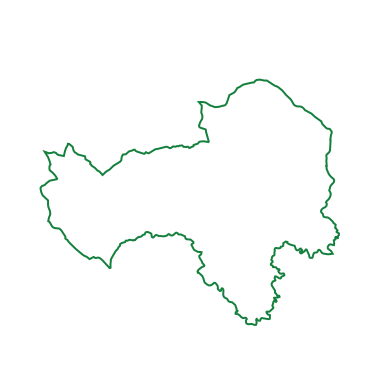 the district of San Cayetano, Norte de Santander, Colombia, rotated 99°
{"feature_id": "7082276B18864989229561", "entity_name": "San Cayetano", "entity_type": "district", "adm_level": 2, "iso_a3": "COL", "parent_name": "Colombia", "parent_adm1": "Norte de Santander", "projection": "orthographic", "projection_center": [-72.593, 7.837], "detail": "fine", "context": "isolated", "style": "outline", "palette": "green", "viewbox_px": 384, "rotation_deg": 99, "n_neighbors": 0, "source": "geoboundaries", "source_scale": "gbopen_adm2", "svg_char_len": 5958}
<svg xmlns="http://www.w3.org/2000/svg" viewBox="0 0 384 384"><g transform="rotate(99 192 192)"><path d="M231.0,43.4L228.5,45.5L226.8,48.7L226.1,49.2L224.7,49.3L222.9,48.5L222.0,47.1L222.3,43.5L220.5,43.5L217.5,44.4L216.5,43.0L214.5,43.4L213.9,43.1L213.7,42.5L214.9,41.3L214.6,40.7L212.8,40.9L211.4,40.2L210.2,40.3L209.5,40.9L209.2,42.4L208.8,43.0L207.2,42.3L206.4,43.4L205.4,44.0L205.2,44.8L204.8,45.0L201.8,45.0L200.5,47.3L198.9,48.7L196.7,52.0L195.9,54.0L196.1,56.7L195.9,57.9L195.4,58.4L193.0,59.5L191.9,61.1L190.7,61.6L189.7,61.5L188.4,60.8L187.3,59.8L186.2,58.1L184.5,57.0L182.6,57.0L181.4,58.0L180.5,57.9L177.3,55.6L174.5,54.7L172.3,54.6L170.9,55.2L169.0,56.7L164.7,56.2L163.2,55.5L160.5,53.6L158.5,53.3L157.2,53.9L155.1,57.3L153.0,59.6L148.8,62.3L145.3,63.5L145.2,63.0L140.2,64.2L137.8,64.3L135.2,65.0L134.0,64.9L131.4,62.8L129.4,62.2L119.2,63.2L119.2,63.5L113.9,63.7L112.3,63.3L110.6,63.4L108.1,65.9L108.3,68.2L107.7,69.6L104.7,73.6L103.3,74.7L102.1,75.2L98.4,82.5L95.9,86.2L93.5,93.2L91.8,95.0L90.9,96.7L90.6,98.1L91.0,102.3L90.0,104.8L85.2,108.8L81.5,114.2L77.5,118.8L74.8,123.6L73.9,127.3L70.2,135.5L70.6,138.1L70.4,142.5L71.2,145.5L72.0,146.6L74.2,148.1L74.4,149.5L77.6,157.5L78.5,158.9L81.1,161.7L82.0,163.4L85.9,165.0L87.4,166.2L90.4,170.2L98.8,171.6L100.9,172.7L101.5,173.6L102.2,175.7L103.6,178.6L104.6,182.6L103.5,188.0L101.7,192.0L101.4,193.7L101.5,196.2L102.1,199.3L105.0,195.9L106.6,195.6L112.0,195.3L115.2,193.6L118.1,193.4L121.8,194.8L125.2,195.4L126.3,195.2L127.2,193.9L128.0,188.6L128.3,188.1L130.5,187.5L139.4,183.4L140.1,183.6L140.1,188.5L141.0,192.1L141.7,192.9L143.4,193.9L145.1,197.4L145.5,197.8L146.2,197.6L146.6,197.8L147.9,199.9L148.9,201.1L148.8,201.8L148.1,202.7L147.9,203.3L148.5,204.9L148.7,207.4L147.7,208.7L147.6,209.4L148.3,211.7L149.0,212.7L149.0,213.9L149.9,215.6L149.9,217.8L151.7,219.6L152.1,220.3L152.1,221.1L151.4,222.9L151.3,224.6L154.3,231.4L155.6,235.0L160.4,240.6L160.6,241.3L159.9,243.8L161.3,244.6L161.8,245.2L160.8,252.2L160.2,254.1L159.2,255.1L159.2,255.8L160.5,257.8L161.8,260.6L165.1,263.3L165.8,266.1L168.5,266.9L171.6,266.8L173.3,267.7L178.3,273.6L182.6,276.8L185.4,280.1L189.2,283.0L186.3,286.5L185.5,288.9L183.4,291.6L181.6,295.4L180.8,295.9L180.2,297.0L178.8,296.9L178.1,297.5L176.4,302.2L173.5,303.3L172.8,310.6L171.6,312.6L171.1,314.1L169.5,315.5L166.1,316.9L163.8,320.7L163.8,322.1L165.2,322.1L168.2,323.3L171.9,323.9L176.5,324.2L176.3,329.8L175.8,331.1L174.8,332.3L174.2,334.6L175.2,336.5L176.1,339.4L175.3,343.8L180.0,339.7L184.3,337.2L187.1,336.0L188.2,336.7L189.3,336.7L191.2,336.5L192.8,335.9L195.1,332.1L197.5,329.3L199.9,327.3L200.5,327.5L203.1,334.3L206.4,337.4L208.1,338.5L209.6,341.2L211.5,342.2L212.8,342.0L215.7,340.9L218.7,339.0L222.8,332.9L227.4,332.1L229.3,331.5L233.3,329.2L235.8,328.6L236.9,328.6L239.7,329.3L243.4,329.4L243.8,328.1L248.1,324.6L249.1,322.3L248.9,317.3L250.2,315.2L255.8,310.1L257.6,309.9L258.0,309.6L258.9,307.5L260.6,306.0L266.3,298.1L270.8,290.6L271.7,288.8L272.6,285.6L274.3,282.7L271.5,278.9L272.3,277.3L272.2,276.4L271.5,274.8L271.5,273.2L273.1,270.2L280.0,261.5L280.0,261.1L279.5,260.6L276.3,261.2L271.4,261.5L269.6,261.0L261.9,258.0L260.2,256.6L258.0,255.9L256.5,254.8L254.6,254.8L253.4,253.4L251.9,250.2L250.4,249.8L250.1,247.9L249.1,246.6L248.9,245.2L249.0,242.3L248.4,241.7L248.4,240.7L246.7,239.6L245.0,238.0L244.0,235.3L241.9,233.6L241.4,232.1L239.3,231.6L238.6,230.6L238.5,228.9L239.3,226.1L239.9,225.5L242.5,224.8L243.1,223.4L242.2,222.5L240.7,221.6L240.0,220.5L240.7,217.7L240.3,215.0L240.3,213.2L239.2,210.3L237.3,208.7L237.2,208.2L238.1,206.5L238.1,204.8L237.5,203.8L234.9,201.7L234.6,201.1L235.0,199.7L236.0,198.7L235.7,196.3L236.9,192.0L238.9,191.1L239.5,190.1L239.2,186.0L241.0,183.0L241.7,182.6L242.4,182.7L243.4,184.0L244.3,184.3L248.8,180.9L250.2,177.0L249.9,173.2L252.1,173.2L253.8,174.8L254.9,174.7L256.1,174.0L258.9,171.5L260.5,170.7L261.8,169.0L262.7,168.3L263.4,168.4L264.6,170.5L267.5,173.2L268.7,173.9L270.0,174.1L270.7,173.6L270.3,173.3L273.2,168.9L275.1,167.5L279.5,165.3L281.1,162.4L281.6,160.6L281.4,159.4L280.6,158.0L278.2,155.9L278.2,154.9L278.8,153.9L280.6,152.1L281.6,151.6L283.5,151.4L284.1,151.0L285.4,148.9L285.0,148.0L282.7,147.7L282.4,147.3L282.7,146.4L284.0,145.6L288.6,145.1L290.5,144.2L291.3,142.8L292.0,140.7L294.2,138.8L294.6,137.7L294.7,135.0L296.8,131.7L300.1,129.8L301.4,129.7L302.3,128.4L303.2,128.6L303.9,130.0L305.5,129.9L305.6,127.1L306.6,125.2L307.6,124.3L308.6,121.9L307.9,119.8L307.9,118.9L308.9,118.0L310.4,118.6L312.4,118.2L313.4,117.5L313.8,115.7L313.0,112.5L313.5,109.1L313.1,107.9L311.0,107.7L308.3,108.6L307.5,108.5L307.2,108.2L307.8,107.8L308.5,106.6L308.6,105.5L308.5,104.7L306.4,104.2L305.6,103.5L305.6,96.3L305.1,95.4L304.5,95.3L301.4,95.8L301.1,98.0L299.5,99.5L298.7,99.6L298.4,99.2L298.1,96.8L294.0,93.6L293.3,93.6L291.9,94.8L287.3,94.3L286.6,93.8L287.4,91.9L286.6,91.4L285.5,92.1L284.6,94.0L283.7,94.3L282.6,90.3L281.9,89.1L280.9,89.6L280.9,91.6L279.0,93.3L278.5,94.3L276.5,94.5L271.8,98.6L271.0,98.9L269.7,98.9L267.6,98.0L266.7,96.2L266.1,95.8L264.0,97.0L262.3,96.6L262.3,95.3L263.5,92.5L263.6,91.2L263.1,90.7L261.7,90.4L260.2,88.1L259.8,87.8L259.2,87.9L258.4,88.3L258.1,89.0L258.8,91.1L258.6,92.6L257.8,93.6L256.5,94.4L255.2,93.4L254.7,93.8L254.6,95.8L253.2,97.3L253.5,100.2L252.2,100.7L251.6,102.7L250.6,102.9L248.4,101.4L247.5,101.8L246.7,103.0L243.2,102.6L242.6,102.2L241.8,101.0L241.1,100.7L238.4,101.2L237.3,101.0L235.8,101.4L234.7,101.2L234.1,100.2L234.1,97.4L233.4,96.0L232.2,95.8L231.7,94.4L230.9,93.5L228.3,93.8L226.3,91.7L226.4,90.0L227.4,89.9L228.1,88.6L228.6,86.6L229.1,82.2L231.9,80.7L232.8,80.0L233.2,79.0L232.7,77.6L231.3,76.7L230.8,75.7L232.3,74.1L233.2,74.4L233.6,75.4L234.2,76.0L234.8,75.9L235.5,75.2L235.5,74.3L233.1,71.7L231.0,70.6L231.0,69.8L236.0,66.5L238.0,65.8L238.6,65.0L238.1,62.8L233.6,62.2L233.0,61.8L231.9,58.9L229.5,58.1L229.2,57.4L229.6,56.2L231.5,54.5L232.1,53.4L232.3,51.8L232.2,47.6L231.0,43.4Z" fill="none" stroke="#15803d" stroke-width="2"/></g></svg>